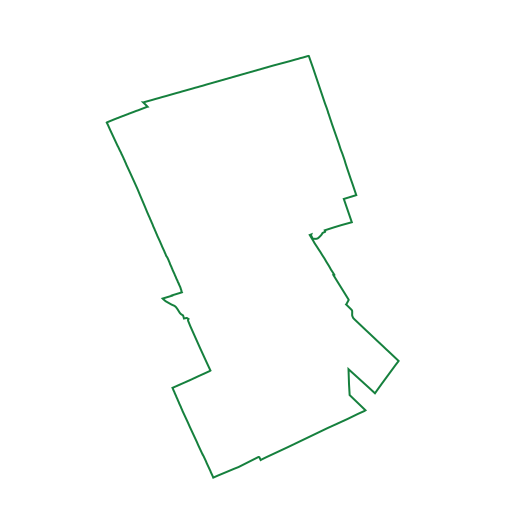 Unirea, Dolj, Romania, rotated 65°
{"feature_id": "2599482B28955327165277", "entity_name": "Unirea", "entity_type": "district", "adm_level": 2, "iso_a3": "ROU", "parent_name": "Romania", "parent_adm1": "Dolj", "projection": "robinson", "projection_center": [23.169, 44.16], "detail": "fine", "context": "isolated", "style": "outline", "palette": "green", "viewbox_px": 512, "rotation_deg": 65, "n_neighbors": 0, "source": "geoboundaries", "source_scale": "gbopen_adm2", "svg_char_len": 5933}
<svg xmlns="http://www.w3.org/2000/svg" viewBox="0 0 512 512"><g transform="rotate(65 256 256)"><path d="M442.9,338.0L442.8,336.8L442.7,331.8L442.7,308.0L442.2,264.1L442.4,242.1L442.2,231.1L442.2,228.9L442.3,223.5L442.2,222.7L442.1,222.0L421.6,229.9L411.3,225.8L397.7,220.0L402.0,218.2L412.7,213.7L423.4,209.2L430.7,206.2L428.3,202.0L425.1,196.3L421.0,188.8L413.5,175.1L411.6,171.4L411.4,171.1L406.6,173.0L400.3,175.5L394.9,177.7L391.5,179.0L388.3,180.3L383.9,182.1L375.0,185.6L369.3,187.9L363.7,190.1L358.9,192.0L354.8,193.6L353.3,194.1L351.6,194.1L350.3,193.9L348.7,193.1L347.2,192.4L346.5,192.1L345.8,192.0L344.4,192.4L341.7,193.4L339.3,194.3L338.0,194.8L337.9,194.5L335.1,190.7L334.7,190.5L326.3,191.5L312.1,193.2L305.9,193.9L306.0,193.0L305.1,193.1L302.7,193.4L300.1,193.8L298.2,193.9L295.7,194.1L290.8,194.7L287.1,195.0L285.1,195.3L283.0,195.6L281.1,195.8L279.3,196.0L276.8,196.4L273.8,196.8L269.1,197.5L266.3,197.7L259.7,198.4L259.8,196.8L260.3,197.3L260.9,197.4L262.0,197.3L263.3,197.4L264.1,197.4L265.1,195.8L265.7,194.6L266.0,193.7L266.1,192.7L266.0,192.0L265.8,191.3L265.3,189.8L264.5,187.8L263.6,186.4L263.3,186.0L263.3,185.6L263.2,184.9L263.3,183.9L263.3,183.2L263.0,182.9L262.5,182.8L261.8,182.8L263.0,173.2L264.1,165.5L265.9,154.9L241.4,152.3L243.2,139.4L231.5,138.1L226.3,137.6L219.1,136.8L215.5,136.4L209.7,135.7L206.5,135.2L199.9,134.5L195.0,134.2L188.7,133.4L173.7,131.9L169.7,131.5L168.6,131.4L167.0,131.2L165.5,131.0L163.5,130.8L157.8,130.1L156.7,130.1L156.3,129.9L151.9,129.4L146.8,129.0L109.3,124.8L97.1,123.6L96.9,123.8L96.7,124.5L95.9,129.9L95.4,132.2L95.1,134.6L94.7,136.6L93.7,143.0L90.7,159.7L85.5,192.2L79.6,228.9L79.4,230.5L79.1,232.6L78.6,235.3L78.3,237.4L77.8,240.0L77.5,242.1L77.1,244.6L76.5,248.2L76.1,250.7L75.6,253.6L75.3,255.9L74.8,258.6L74.3,261.7L73.9,264.2L73.0,270.0L72.3,273.9L71.8,277.3L71.3,280.1L70.6,284.7L69.4,291.7L69.3,292.8L69.2,293.1L69.1,293.3L69.9,293.0L72.8,291.9L74.9,291.2L74.8,291.6L74.7,293.1L74.6,294.5L74.5,295.9L74.4,297.4L74.3,298.8L74.2,300.3L74.1,301.7L73.9,303.0L73.7,306.4L73.7,306.7L73.6,307.1L73.6,307.4L73.6,307.8L73.5,308.2L73.5,308.5L73.5,308.9L73.5,309.2L73.4,309.6L73.4,310.0L73.4,310.3L73.3,310.7L73.3,311.1L73.3,311.4L73.3,311.8L73.3,312.2L73.2,313.0L73.1,314.7L73.0,315.5L73.0,316.4L72.9,317.2L72.8,318.1L72.8,318.9L72.7,319.7L72.6,321.5L72.6,322.3L72.5,323.2L72.4,324.0L72.4,324.9L72.3,325.8L72.3,326.6L72.2,327.4L72.2,328.3L72.1,330.2L71.9,334.6L72.0,334.9L74.1,334.8L80.0,334.9L98.0,334.9L98.4,334.8L99.7,334.8L100.7,334.8L101.6,334.8L103.1,334.8L104.3,334.7L105.4,334.7L105.9,334.7L106.2,334.7L106.5,334.8L107.5,334.7L109.2,334.7L110.1,334.7L110.7,334.7L111.4,334.7L112.0,334.7L112.3,334.8L112.7,334.8L113.1,334.7L113.4,334.7L114.0,334.7L114.5,334.8L115.0,334.8L115.5,334.8L116.2,334.8L116.8,334.8L117.5,334.8L118.2,334.9L119.5,334.9L125.5,334.9L137.5,335.0L145.1,335.1L152.1,335.4L163.8,335.8L170.2,336.1L174.2,336.2L174.8,336.2L175.2,336.2L176.5,336.2L177.6,336.3L178.8,336.3L179.8,336.3L181.7,336.4L183.5,336.4L185.8,336.6L187.0,336.6L187.9,336.6L188.8,336.6L189.7,336.7L191.5,336.7L193.2,336.8L194.8,336.8L195.8,336.9L197.5,336.9L199.2,336.9L201.0,336.9L202.3,336.9L204.7,337.0L206.2,337.0L207.5,337.1L209.0,337.1L211.4,337.1L213.3,337.1L213.9,337.2L214.5,337.2L215.2,337.2L216.3,337.2L217.2,337.3L217.6,337.3L218.3,337.3L218.6,337.2L219.3,337.1L219.8,337.0L220.7,337.0L221.4,337.0L222.6,337.0L224.1,337.1L225.2,337.1L226.3,337.2L226.9,337.3L227.7,337.3L229.3,337.3L230.1,337.3L230.6,337.3L231.0,337.4L231.6,337.4L232.6,337.4L233.4,337.5L234.5,337.5L235.5,337.5L236.2,337.5L237.1,337.5L237.9,337.5L238.9,337.6L239.9,337.6L240.8,337.6L241.6,337.6L242.3,337.7L242.9,337.7L243.9,337.7L244.4,337.7L244.9,337.6L245.5,337.7L245.8,337.7L246.6,337.8L247.1,337.8L247.8,337.7L248.1,337.6L248.3,337.6L248.6,337.8L249.2,337.8L250.0,337.8L250.6,337.8L251.1,337.8L251.7,337.8L252.2,337.8L253.1,337.9L253.8,338.0L254.4,338.1L254.9,338.1L255.4,338.2L255.7,338.2L256.1,338.3L256.4,338.5L256.6,338.5L257.3,338.5L257.6,338.5L257.4,340.1L257.3,341.0L257.0,342.9L256.7,345.2L256.4,347.1L256.2,348.9L256.5,348.9L255.8,353.8L255.1,358.6L255.7,358.4L258.8,357.0L264.3,353.1L266.8,350.9L268.6,350.1L271.2,349.6L275.3,349.1L276.9,348.6L279.1,347.2L282.2,347.7L282.9,344.9L284.6,343.8L285.1,344.5L285.9,344.9L291.9,345.2L316.0,345.6L332.9,345.7L340.5,345.7L340.5,346.0L340.7,346.3L340.7,347.1L340.7,350.0L340.6,358.3L340.6,367.8L340.2,387.4L341.2,387.4L341.7,387.4L342.2,387.5L342.7,387.5L343.2,387.5L343.7,387.5L344.2,387.5L344.7,387.5L345.3,387.5L345.9,387.6L346.4,387.6L347.0,387.6L347.6,387.6L348.1,387.6L348.7,387.6L349.3,387.6L349.8,387.7L350.4,387.7L350.9,387.7L351.4,387.7L351.9,387.7L352.5,387.7L353.0,387.7L353.5,387.8L354.6,387.8L355.2,387.8L355.7,387.8L356.3,387.8L356.9,387.9L357.5,387.9L358.0,387.9L358.6,387.9L359.2,387.9L359.7,387.9L360.2,387.9L360.8,387.9L361.3,387.9L361.8,388.0L362.3,388.0L362.9,388.0L363.4,388.0L363.9,388.0L364.5,388.0L365.0,388.1L365.3,388.1L365.8,388.1L366.3,388.1L366.7,388.1L367.2,388.1L367.8,388.1L368.3,388.1L368.9,388.1L369.4,388.1L370.0,388.1L370.5,388.1L371.1,388.1L372.6,388.1L373.8,388.1L375.2,388.1L378.2,388.1L382.6,388.2L384.1,388.2L385.6,388.2L387.0,388.2L388.4,388.2L389.7,388.2L391.1,388.2L392.4,388.2L393.8,388.2L395.3,388.2L396.7,388.2L398.2,388.2L399.7,388.2L402.6,388.3L404.1,388.3L405.6,388.3L408.5,388.3L410.0,388.3L411.4,388.3L412.9,388.3L413.1,388.3L413.3,388.3L413.3,388.2L413.5,388.2L415.5,388.1L416.1,388.1L416.8,388.1L417.5,388.1L418.9,388.1L420.5,388.1L420.8,388.1L421.5,388.1L422.2,388.2L423.0,388.2L423.8,388.2L424.5,388.2L425.3,388.2L426.0,388.2L426.8,388.2L427.5,388.2L429.0,388.2L429.7,388.2L431.3,388.2L432.0,388.2L432.7,388.3L433.5,388.3L435.0,388.3L435.8,388.3L436.5,388.3L437.3,388.3L438.8,388.4L438.9,383.2L439.3,373.5L439.6,365.8L439.9,361.1L439.2,338.7L439.4,338.3L439.9,338.0L440.5,338.0L441.2,338.0L442.0,338.0L442.7,338.0L442.9,338.0Z" fill="none" stroke="#15803d" stroke-width="2"/></g></svg>